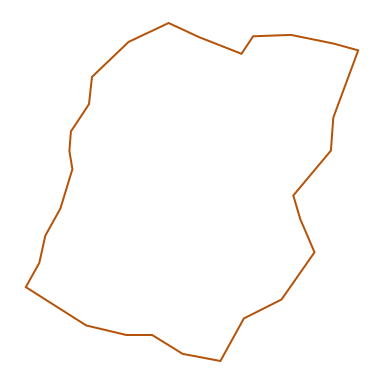 Deneia, Nicosia, Cyprus (Mercator projection)
{"feature_id": "46923920B18797471860683", "entity_name": "Deneia", "entity_type": "district", "adm_level": 2, "iso_a3": "CYP", "parent_name": "Cyprus", "parent_adm1": "Nicosia", "projection": "mercator", "projection_center": [33.146, 35.18], "detail": "fine", "context": "isolated", "style": "outline", "palette": "amber", "viewbox_px": 384, "rotation_deg": 0, "n_neighbors": 0, "source": "geoboundaries", "source_scale": "gbopen_adm2", "svg_char_len": 478}
<svg xmlns="http://www.w3.org/2000/svg" viewBox="0 0 384 384"><path d="M25.8,287.1L86.3,325.5L126.3,335.0L152.1,335.0L182.7,353.9L220.4,361.0L243.9,318.4L281.5,299.5L314.5,252.3L300.3,219.2L293.3,195.5L330.9,150.6L333.3,117.6L358.2,50.4L333.7,43.6L290.9,34.9L253.1,36.3L241.5,53.8L199.2,37.2L168.6,23.0L128.6,41.9L92.0,76.9L89.0,104.1L80.0,117.8L70.9,131.4L69.4,151.0L72.4,169.2L60.4,208.5L45.3,235.7L39.3,262.9L25.8,287.1Z" fill="none" stroke="#b45309" stroke-width="2"/></svg>